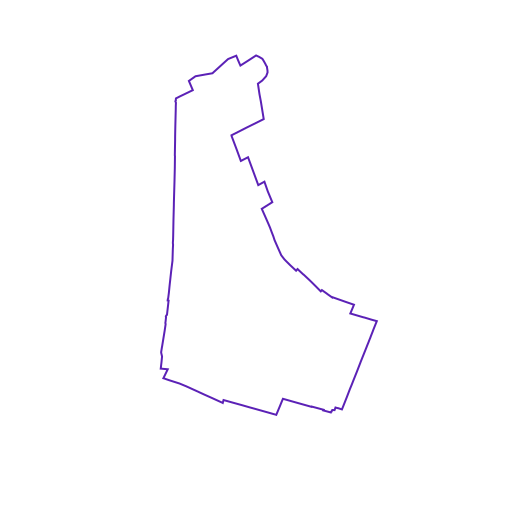 Salcia Tudor, Braila, Romania, rotated 311°
{"feature_id": "2599482B15573123019161", "entity_name": "Salcia Tudor", "entity_type": "district", "adm_level": 2, "iso_a3": "ROU", "parent_name": "Romania", "parent_adm1": "Braila", "projection": "robinson", "projection_center": [27.512, 45.411], "detail": "fine", "context": "isolated", "style": "outline", "palette": "violet", "viewbox_px": 512, "rotation_deg": 311, "n_neighbors": 0, "source": "geoboundaries", "source_scale": "gbopen_adm2", "svg_char_len": 2870}
<svg xmlns="http://www.w3.org/2000/svg" viewBox="0 0 512 512"><g transform="rotate(311 256 256)"><path d="M286.1,389.9L283.8,385.1L280.7,378.2L280.1,377.1L276.2,368.6L274.5,364.9L280.9,362.8L283.5,361.9L283.1,360.9L282.2,358.7L280.5,354.5L275.0,340.6L274.7,340.7L274.1,334.8L274.1,334.2L273.5,328.1L271.8,328.1L272.4,320.1L272.9,312.2L273.2,304.1L273.1,303.8L273.4,295.9L271.2,295.9L271.5,287.8L271.9,281.9L272.1,279.7L272.2,279.1L273.1,274.6L276.6,267.1L280.2,259.5L282.2,256.2L284.3,252.2L286.6,248.0L288.4,244.3L291.9,236.9L295.4,229.4L307.3,233.0L312.5,222.5L317.6,213.6L311.0,211.2L325.3,185.2L317.8,182.2L324.1,170.8L330.4,159.1L331.0,158.3L346.1,164.4L364.4,172.0L375.8,158.3L380.3,152.6L381.4,151.3L387.3,144.4L388.5,144.7L392.5,145.6L398.4,145.7L402.1,144.3L403.5,143.0L405.1,141.1L405.5,140.6L406.0,140.2L406.2,139.4L406.6,138.2L407.1,137.1L408.0,134.6L408.7,132.5L409.0,131.4L408.3,127.6L407.4,124.5L398.3,121.9L389.5,119.3L390.8,116.5L391.8,114.4L394.2,109.7L386.7,105.9L386.2,105.7L375.3,104.4L366.0,103.3L365.4,103.3L359.9,98.8L352.2,92.6L351.9,92.4L344.1,90.5L339.7,99.5L326.4,93.8L324.9,93.2L324.6,93.1L322.5,92.2L321.9,92.5L321.2,93.1L320.9,93.4L320.6,93.5L320.1,93.5L319.9,93.6L319.6,94.1L319.3,94.8L318.8,95.3L316.4,97.2L314.3,99.0L300.5,110.4L293.2,116.5L290.3,119.0L278.6,128.8L278.5,129.0L278.1,129.4L268.9,137.2L259.0,145.4L242.3,159.1L240.3,160.8L228.9,170.2L217.2,180.0L213.8,182.8L211.8,184.3L211.2,184.8L210.0,186.1L206.9,188.5L197.6,196.1L188.8,202.0L176.7,210.4L170.9,214.5L166.4,217.5L165.8,217.7L165.5,217.8L165.1,218.1L164.5,218.5L165.0,219.3L153.2,227.4L152.6,227.3L152.0,227.4L151.5,227.5L151.1,227.7L150.9,228.0L150.6,228.4L146.7,231.1L146.3,231.3L145.9,231.6L145.4,232.4L144.5,233.0L139.5,236.2L126.4,244.3L125.2,245.0L121.2,247.5L120.4,248.4L120.0,249.0L119.7,249.4L118.9,250.5L118.6,250.9L118.3,251.2L118.0,251.4L116.3,252.6L113.9,254.3L108.5,258.0L108.9,258.5L109.2,258.9L109.8,259.8L110.6,260.9L111.4,262.0L111.9,262.7L112.6,263.7L103.0,266.3L103.6,267.6L104.0,268.8L105.3,272.0L107.8,277.8L109.4,281.5L109.5,281.7L110.2,283.8L111.4,287.4L111.6,288.0L111.8,288.5L111.9,288.9L112.2,289.9L112.6,291.2L114.3,297.0L114.8,298.6L115.1,299.7L117.5,307.9L120.0,316.1L121.8,322.2L122.8,325.6L123.2,326.8L123.3,327.3L126.0,326.0L129.5,333.4L131.6,337.8L134.0,342.8L137.5,350.3L139.8,355.1L146.8,369.9L149.4,375.5L158.2,372.6L162.0,371.3L165.0,370.3L165.9,370.0L172.3,383.6L178.6,396.9L178.9,396.8L184.3,407.9L183.6,408.1L187.0,415.1L187.7,414.8L188.1,415.1L189.8,414.6L191.2,416.4L193.8,415.4L194.6,417.2L194.9,417.5L196.6,421.5L199.8,420.4L208.9,417.2L217.4,414.1L221.6,412.7L225.8,411.2L234.7,408.1L243.3,405.0L244.9,404.4L251.8,402.0L260.4,399.0L260.6,398.9L265.0,397.4L266.3,396.9L269.0,396.0L270.8,395.3L275.6,393.6L276.6,393.2L278.6,392.5L281.2,391.6L283.5,390.8L286.1,389.9Z" fill="none" stroke="#5b21b6" stroke-width="2"/></g></svg>